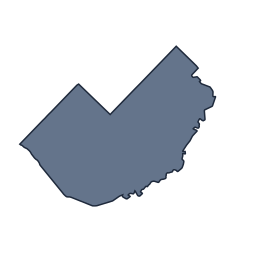 map outline of Omaheke (Robinson projection), rotated 224°
{"feature_id": "NAM-3353", "entity_name": "Omaheke", "entity_type": "Region", "adm_level": 1, "iso_a3": "NAM", "parent_name": "Namibia", "parent_adm1": "", "projection": "robinson", "projection_center": [18.894, -22.054], "detail": "fine", "context": "isolated", "style": "filled", "palette": "slate", "viewbox_px": 256, "rotation_deg": 224, "n_neighbors": 0, "source": "natural_earth", "source_scale": "10m", "svg_char_len": 3291}
<svg xmlns="http://www.w3.org/2000/svg" viewBox="0 0 256 256"><g transform="rotate(224 128 128)"><path d="M194.6,41.2L194.6,42.5L194.6,48.8L194.6,55.2L194.6,61.6L194.6,68.0L194.6,74.3L194.5,77.3L194.6,80.2L194.6,83.1L194.5,86.1L194.5,89.0L194.5,92.0L194.5,94.9L194.5,97.8L194.5,100.8L194.5,103.7L194.5,106.6L194.5,109.6L194.5,112.5L194.5,115.5L194.5,118.4L194.5,121.3L194.5,123.4L194.0,125.3L191.4,125.3L181.1,125.3L170.8,125.3L160.5,125.3L150.2,125.3L150.2,129.7L150.2,137.4L150.2,145.0L150.2,152.7L150.2,160.4L150.1,169.1L150.1,177.9L150.1,186.7L150.1,192.0L150.1,195.4L150.1,204.2L150.1,213.0L150.1,220.3L122.2,220.2L119.1,219.8L119.0,210.7L118.8,210.2L118.4,209.8L117.3,209.6L116.6,209.6L116.1,209.9L114.1,212.6L113.9,212.8L113.7,212.9L109.6,212.8L108.8,212.6L108.6,212.2L108.7,211.8L108.9,211.4L108.9,211.1L108.6,211.0L106.2,210.8L105.8,210.9L97.6,214.4L97.0,214.4L93.4,213.7L92.6,213.4L91.9,213.0L89.7,210.5L89.2,210.1L88.7,209.8L88.3,209.9L87.9,210.3L87.2,211.1L86.9,211.3L86.6,211.1L82.6,202.6L82.6,201.9L85.2,194.9L85.4,194.3L85.3,193.8L84.9,193.3L78.7,187.8L78.4,187.3L78.5,186.7L78.7,186.1L78.9,185.5L79.4,185.2L79.8,185.0L82.2,184.8L82.6,184.6L82.9,184.3L82.5,182.6L82.1,181.5L81.9,181.0L81.7,180.9L81.3,180.8L80.3,180.7L79.9,180.6L79.4,180.4L78.5,179.1L77.8,178.6L77.6,178.2L77.4,177.7L77.3,177.2L77.4,176.7L77.7,176.4L77.9,176.3L79.9,175.4L80.3,175.2L80.4,174.9L80.5,174.5L80.6,173.5L80.5,173.0L80.5,172.7L80.1,172.7L77.0,174.0L76.6,174.0L76.2,173.7L76.1,168.2L76.0,166.8L74.8,162.8L74.5,161.7L74.0,156.4L72.7,149.8L72.6,149.4L72.4,149.3L72.0,149.5L70.7,150.7L70.6,150.8L69.4,149.8L69.0,149.5L68.9,149.1L69.2,148.8L70.7,147.9L70.9,147.6L70.5,147.2L69.7,146.5L69.1,145.8L67.9,143.7L67.6,143.4L67.3,143.1L65.5,143.1L65.0,143.0L64.4,142.5L63.0,140.4L61.8,137.8L61.5,137.0L61.4,136.2L61.9,131.6L62.1,131.2L62.5,131.0L62.9,131.0L63.5,131.0L64.0,131.0L65.5,130.3L65.9,129.9L66.2,129.5L66.2,128.6L66.1,128.2L65.8,127.8L65.7,127.4L65.8,127.0L67.0,125.0L67.4,124.1L67.8,123.8L68.1,123.6L68.4,123.3L68.6,122.8L68.6,121.7L68.4,121.3L68.2,121.0L68.0,120.9L67.9,120.8L67.7,120.6L67.4,119.9L67.1,119.5L66.4,118.9L66.2,118.7L66.0,118.2L66.0,117.8L66.2,117.2L66.9,115.9L68.0,114.5L68.6,113.3L68.2,110.2L68.7,109.7L71.5,108.3L72.5,107.7L73.7,106.0L73.8,105.4L73.8,104.7L73.4,102.6L73.6,101.1L73.6,100.8L73.5,100.3L73.3,99.8L73.3,99.6L73.4,99.2L74.5,98.6L74.6,98.1L74.6,97.6L74.4,95.4L74.4,94.9L74.5,94.5L75.1,93.8L75.2,93.4L75.2,92.8L74.8,91.2L74.7,90.8L74.5,90.7L73.8,90.9L72.8,91.0L72.4,91.0L72.2,90.9L72.1,90.5L72.2,88.2L72.3,87.2L72.7,86.8L73.2,86.4L73.6,86.3L74.0,86.2L74.5,86.3L79.1,87.6L79.4,87.6L79.2,87.2L78.6,85.9L78.5,85.4L78.4,84.9L78.4,84.4L78.8,84.0L80.4,83.0L80.9,82.6L81.2,82.1L81.3,81.5L81.4,80.5L81.4,80.1L81.3,79.9L80.9,79.9L79.5,80.2L79.1,80.3L78.9,80.2L78.9,79.8L79.1,78.2L79.5,76.3L80.4,75.7L83.6,74.9L84.3,74.9L84.8,75.2L85.1,75.6L85.4,76.2L86.6,73.5L86.9,72.5L88.3,65.4L88.5,64.7L96.4,50.5L97.7,49.0L99.2,47.6L99.6,47.3L120.9,38.6L122.2,37.8L123.7,36.4L124.5,35.9L125.8,35.7L128.4,35.7L129.6,35.9L165.4,40.2L166.2,40.5L167.3,41.1L168.2,41.4L170.2,41.8L171.1,41.8L172.7,41.5L174.5,41.5L179.2,42.2L181.5,42.9L183.1,43.1L186.2,43.0L186.8,42.8L189.2,42.0L192.0,41.9L192.7,41.7L193.4,41.3L194.6,41.2L194.6,41.2Z" fill="#64748b" stroke="#1e293b" stroke-width="1.5"/></g></svg>